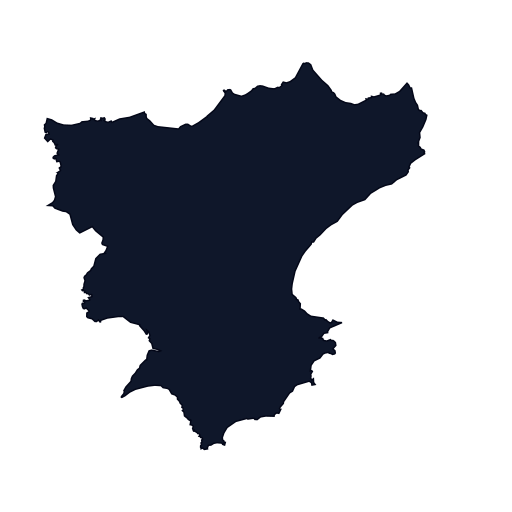 outline of Bangka Barat, Bangka-Belitung, Indonesia, rotated 169°
{"feature_id": "22746128B47433230053131", "entity_name": "Bangka Barat", "entity_type": "district", "adm_level": 2, "iso_a3": "IDN", "parent_name": "Indonesia", "parent_adm1": "Bangka-Belitung", "projection": "orthographic", "projection_center": [105.522, -1.841], "detail": "fine", "context": "isolated", "style": "filled", "palette": "ink", "viewbox_px": 512, "rotation_deg": 169, "n_neighbors": 0, "source": "geoboundaries", "source_scale": "gbopen_adm2", "svg_char_len": 6073}
<svg xmlns="http://www.w3.org/2000/svg" viewBox="0 0 512 512"><g transform="rotate(169 256 256)"><path d="M426.6,222.5L425.1,222.1L422.9,223.3L421.8,221.1L421.2,221.0L420.7,222.5L413.8,223.5L402.9,222.9L398.0,222.0L391.8,214.9L383.5,210.9L383.1,210.4L383.5,209.8L380.0,203.9L378.6,200.2L377.7,200.2L377.2,201.1L377.4,204.1L375.8,202.2L375.2,198.3L377.1,196.2L375.9,195.0L376.9,193.2L375.0,190.1L374.7,185.0L370.6,183.2L367.7,181.1L369.7,180.7L376.4,183.5L379.0,183.3L381.7,179.3L383.1,174.9L384.1,175.0L390.5,170.7L391.8,168.0L394.0,167.0L396.8,164.0L400.2,161.6L401.7,159.4L402.6,156.8L408.6,152.3L411.3,149.1L411.0,148.6L411.9,146.2L414.9,143.7L415.1,143.1L414.7,142.8L411.4,143.8L406.0,146.5L399.8,148.2L387.1,149.0L380.0,148.5L373.9,146.9L372.3,144.5L368.3,143.0L366.7,141.7L365.0,136.8L361.9,135.0L360.0,132.5L360.4,130.5L358.8,127.9L358.5,126.0L356.8,123.5L357.6,121.5L356.8,121.0L356.6,119.8L357.0,118.5L357.7,118.2L356.5,116.6L356.7,112.7L354.0,109.5L353.8,108.7L352.4,107.3L351.6,107.7L351.2,107.1L352.8,103.0L351.3,102.4L350.2,101.0L350.1,100.2L351.1,99.0L350.9,97.0L350.0,96.9L350.5,96.0L349.5,95.7L347.5,93.9L346.9,92.7L345.8,92.7L345.2,90.9L346.3,89.9L345.2,89.4L344.9,88.4L343.6,88.0L343.4,86.4L344.5,85.7L344.5,83.6L345.6,83.0L345.5,81.0L346.5,80.4L346.9,78.9L346.5,78.3L346.7,77.3L344.8,77.6L343.7,76.0L340.4,75.9L340.4,76.9L338.8,79.3L336.3,79.0L333.2,80.2L329.9,80.2L325.6,79.0L324.6,78.2L324.7,77.5L323.8,77.5L323.7,76.8L322.9,76.4L321.7,78.9L322.9,79.4L322.8,80.5L323.9,81.8L323.7,84.3L321.3,88.5L317.1,93.2L307.4,97.5L296.0,98.3L295.1,97.5L290.0,97.3L288.4,96.7L288.3,95.8L286.1,95.2L282.3,97.2L277.0,97.1L268.8,95.3L268.5,96.4L267.1,97.5L265.6,98.0L263.6,97.2L261.0,100.7L261.8,100.9L262.0,101.9L261.3,102.9L257.3,106.1L256.8,107.7L249.2,115.2L246.0,116.4L243.1,120.5L240.2,121.8L227.7,123.0L225.7,121.1L225.7,118.6L222.5,118.6L223.6,120.9L223.1,124.5L224.8,123.7L225.7,125.6L224.9,127.7L224.9,129.5L222.7,131.9L223.2,132.8L224.6,132.8L222.8,138.2L219.0,142.0L212.7,143.7L209.0,147.0L206.8,147.6L202.8,147.6L202.8,146.7L200.7,145.8L199.8,144.8L197.5,144.9L196.7,145.6L196.6,147.9L198.3,150.2L194.7,153.0L194.6,155.9L195.7,157.5L196.6,158.4L198.3,158.6L198.8,159.7L202.9,159.0L205.9,160.3L206.3,162.4L210.4,163.7L207.1,164.3L204.1,167.2L200.3,167.1L200.1,168.3L197.3,171.4L184.3,174.2L188.8,175.4L192.7,178.4L194.5,176.4L196.0,176.1L198.1,178.0L199.5,180.1L200.4,180.0L201.7,182.2L213.7,186.4L217.0,189.6L218.9,192.7L221.6,195.2L222.9,195.6L221.6,200.7L223.0,203.2L223.2,204.9L224.8,205.8L224.5,206.7L225.0,207.8L227.9,211.4L227.4,216.8L225.8,221.9L220.6,233.7L211.0,247.3L206.8,251.4L199.6,257.1L198.8,259.0L196.8,258.8L193.7,262.1L189.1,264.6L182.0,269.7L176.4,272.4L169.6,274.6L163.4,280.3L151.7,287.7L146.5,289.4L138.4,290.6L131.6,295.7L121.8,299.4L115.4,300.7L109.1,300.9L103.4,304.1L93.3,306.9L90.5,309.6L90.4,311.4L88.4,313.2L89.0,314.0L86.6,317.5L81.3,320.2L71.0,324.2L71.4,325.3L70.6,326.0L71.0,327.9L73.6,329.5L74.1,331.3L75.5,332.9L74.7,336.7L75.1,336.6L72.4,341.0L71.9,346.0L67.7,350.9L63.2,357.6L61.5,361.6L62.7,362.5L63.0,363.8L64.8,364.7L66.2,367.3L67.7,367.6L68.7,369.1L68.8,373.2L70.1,376.2L71.0,380.6L71.3,391.2L72.7,391.5L73.6,394.9L74.8,396.8L83.6,390.1L88.6,388.4L92.9,389.0L94.1,388.2L97.5,388.2L99.2,389.2L99.8,390.5L102.0,391.1L101.8,391.9L102.7,392.0L103.1,390.2L109.9,389.6L112.2,390.7L112.5,389.4L115.6,389.6L116.2,388.4L118.0,389.2L118.0,387.9L126.8,385.4L130.6,385.6L133.8,387.6L138.9,389.4L143.5,392.6L147.2,396.9L147.8,399.9L148.7,401.4L150.5,402.7L150.6,404.3L153.0,409.5L157.9,415.8L164.8,427.6L165.8,433.3L167.7,435.4L169.9,436.0L171.1,435.5L172.5,436.1L173.2,435.8L183.3,423.4L189.2,420.6L193.1,420.1L196.1,421.5L198.2,419.4L197.8,418.4L201.0,416.8L202.5,417.4L205.5,416.6L207.1,416.8L211.7,418.3L217.1,421.5L219.6,422.3L222.1,422.3L224.8,420.7L226.9,420.7L228.8,419.0L232.7,417.2L235.6,416.1L239.8,415.5L246.4,418.8L248.1,420.5L249.2,423.8L249.9,424.3L252.0,424.5L253.9,423.1L255.7,424.9L256.3,424.7L256.2,424.0L255.1,421.9L255.8,419.3L269.2,407.1L277.2,402.6L277.5,401.8L277.9,402.0L286.8,397.8L293.7,395.5L295.2,395.8L297.8,398.3L300.0,398.7L305.4,397.3L307.7,395.4L327.7,401.6L331.4,403.7L334.5,408.9L337.0,411.8L337.3,413.4L336.9,416.0L338.2,417.2L338.2,418.6L353.5,416.2L363.7,416.5L371.9,414.6L372.4,416.1L375.7,415.4L378.4,416.7L379.2,418.0L378.3,418.3L378.1,419.6L378.6,420.6L380.1,420.4L381.8,421.1L382.1,419.1L382.6,419.8L383.3,418.7L385.9,418.6L387.9,419.5L388.8,420.7L388.2,421.5L389.9,421.3L389.9,422.1L392.0,423.0L392.1,421.6L392.7,420.8L395.1,420.3L401.3,420.9L403.3,419.7L412.1,419.4L419.8,421.2L426.0,424.4L430.6,428.6L434.7,430.7L436.7,426.2L438.6,425.1L438.7,422.8L439.4,421.9L439.3,417.7L438.4,417.2L436.9,417.9L436.0,417.3L435.9,415.2L439.0,415.3L441.0,412.1L438.6,408.1L435.5,410.1L433.8,409.0L433.2,408.5L433.6,407.3L432.5,405.9L431.9,403.3L429.9,403.5L429.6,403.1L431.0,402.4L432.1,400.5L431.3,399.4L429.3,398.5L431.6,394.9L430.4,393.0L434.7,392.7L436.3,391.6L436.4,390.7L435.4,389.8L433.9,390.2L433.5,386.6L431.2,386.6L430.3,385.8L430.1,381.9L430.7,380.4L432.1,380.2L432.3,379.6L431.5,377.5L432.2,376.8L434.5,375.9L434.1,375.8L435.5,373.7L436.4,373.0L438.3,367.4L441.5,364.0L441.9,361.5L441.4,352.5L443.2,349.1L445.4,347.2L450.5,345.3L445.9,344.1L444.1,341.2L437.2,337.0L433.8,335.8L430.6,332.5L429.9,321.8L427.4,315.9L424.6,312.3L411.1,316.1L408.6,311.4L402.3,303.7L403.0,301.1L404.8,298.1L404.5,296.6L399.7,293.8L402.2,289.9L404.4,287.8L403.8,287.3L408.7,287.4L413.7,284.0L417.1,276.9L420.0,274.9L421.1,273.3L424.6,271.6L426.2,269.8L428.1,268.8L428.9,267.5L428.5,264.3L430.2,261.1L430.7,258.8L431.6,257.7L431.9,256.1L433.4,255.9L433.0,255.1L430.7,254.3L431.3,252.9L429.7,252.5L429.2,251.3L427.8,251.1L427.0,249.5L425.2,249.7L424.6,249.2L424.8,247.4L428.4,247.1L427.5,245.2L427.8,244.3L431.4,244.4L432.9,245.5L433.8,245.5L434.1,244.5L433.1,243.6L433.1,242.7L433.7,242.2L435.4,242.7L436.0,241.9L436.0,239.4L435.5,237.4L434.5,236.9L432.6,237.4L430.3,234.0L430.4,233.2L432.9,232.3L433.7,228.8L432.8,227.5L428.8,225.6L426.6,222.5Z" fill="#0f172a" stroke="#020617" stroke-width="1.5"/></g></svg>